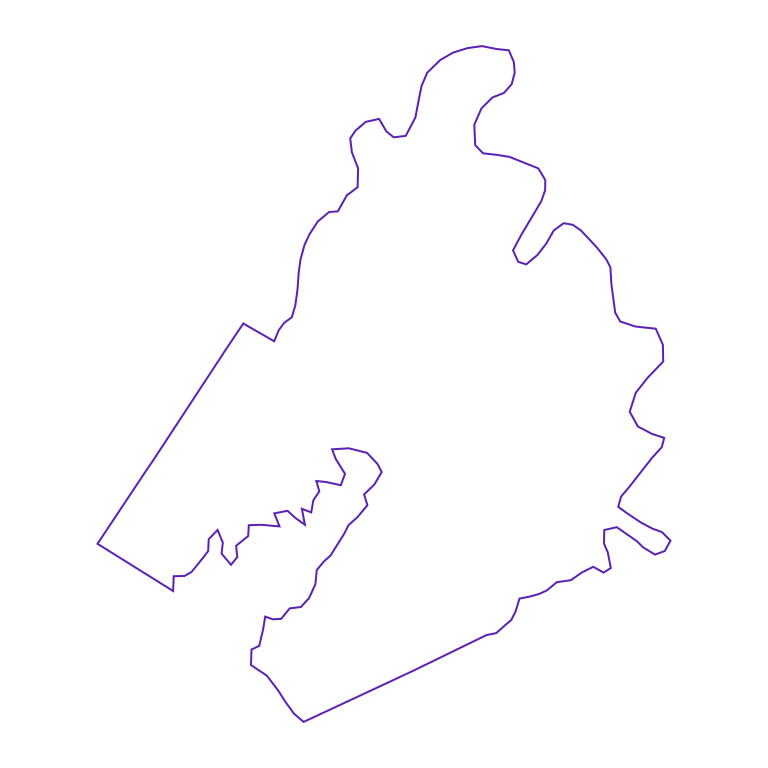 Fênix, Paraná, Brazil (Natural Earth projection)
{"feature_id": "56859067B81094551622524", "entity_name": "Fênix", "entity_type": "district", "adm_level": 2, "iso_a3": "BRA", "parent_name": "Brazil", "parent_adm1": "Paraná", "projection": "natural_earth1", "projection_center": [-52.026, -23.893], "detail": "fine", "context": "isolated", "style": "outline", "palette": "violet", "viewbox_px": 768, "rotation_deg": 0, "n_neighbors": 0, "source": "geoboundaries", "source_scale": "gbopen_adm2", "svg_char_len": 2273}
<svg xmlns="http://www.w3.org/2000/svg" viewBox="0 0 768 768"><path d="M582.0,572.4L593.2,566.8L603.6,572.6L610.8,568.0L607.8,552.4L604.0,543.6L604.3,530.0L616.8,527.2L624.2,532.4L636.9,541.2L642.9,547.2L655.0,554.6L664.8,551.0L670.5,540.6L661.8,532.0L652.8,528.8L641.4,522.8L627.2,513.4L618.2,506.8L621.2,496.4L628.9,487.4L652.0,457.9L661.8,447.1L664.2,437.9L652.0,433.9L637.9,426.5L629.7,411.7L635.8,392.7L647.5,377.9L663.2,361.5L662.9,344.9L655.8,328.7L644.3,327.5L635.3,326.5L620.2,321.5L615.2,312.6L611.4,284.2L610.4,267.4L606.2,259.2L596.8,247.4L580.9,230.4L572.7,224.8L563.7,223.2L553.8,230.4L546.4,243.4L537.4,255.0L526.2,264.4L518.2,261.8L513.0,250.4L521.2,235.0L533.1,215.0L541.3,201.2L545.1,190.4L545.3,180.0L538.3,168.4L509.5,156.9L497.1,154.9L483.0,153.3L475.2,145.1L474.3,124.7L481.5,108.3L492.4,97.5L504.0,92.9L511.7,84.1L514.7,72.7L513.8,61.9L508.8,50.3L497.1,49.1L482.0,46.1L467.5,48.1L452.9,52.7L440.4,59.9L427.2,72.7L421.5,86.1L418.5,101.1L415.4,117.5L405.7,135.9L393.7,137.3L386.3,131.3L379.1,118.9L365.7,121.9L355.4,130.7L350.2,138.5L351.9,152.3L358.1,168.4L357.6,187.2L346.8,195.4L337.8,211.4L329.1,212.0L317.7,221.6L309.4,234.4L304.4,245.2L300.5,259.6L298.7,272.6L297.5,289.6L295.3,305.4L291.8,317.3L284.1,322.9L278.6,330.5L274.2,341.3L243.3,323.5L224.4,351.7L218.4,360.9L152.8,460.9L147.1,469.2L97.5,543.8L173.1,591.0L173.7,576.2L184.5,576.0L191.5,572.0L202.7,558.2L208.2,551.0L208.7,539.2L217.6,530.0L222.8,542.6L221.6,553.6L231.0,564.8L237.3,557.0L236.1,545.8L248.2,536.0L248.8,525.2L261.4,524.8L279.5,526.4L274.3,513.4L287.5,510.8L295.7,518.2L304.9,524.8L301.9,508.8L311.2,512.4L313.4,500.2L319.3,491.4L316.4,481.0L325.8,482.0L340.8,485.2L345.0,473.8L335.7,458.9L332.1,449.3L348.9,448.3L367.1,452.9L377.6,464.1L381.7,472.0L374.3,484.6L364.1,494.4L367.4,505.2L357.6,517.0L348.5,525.2L344.4,533.4L337.0,545.2L330.5,555.6L324.1,561.2L316.8,570.0L315.4,584.2L309.1,598.0L300.9,607.0L289.7,608.4L281.1,618.9L272.9,619.3L265.2,616.6L263.1,629.5L259.2,645.9L251.5,649.5L251.0,665.1L266.9,675.7L278.6,691.1L285.0,701.3L294.0,713.7L303.6,721.9L413.3,670.7L486.4,635.1L496.2,633.1L504.8,625.5L511.3,619.9L515.6,611.4L519.5,598.6L529.7,596.6L539.1,594.0L546.9,590.4L556.8,582.2L570.8,580.2L582.0,572.4Z" fill="none" stroke="#5b21b6" stroke-width="2"/></svg>